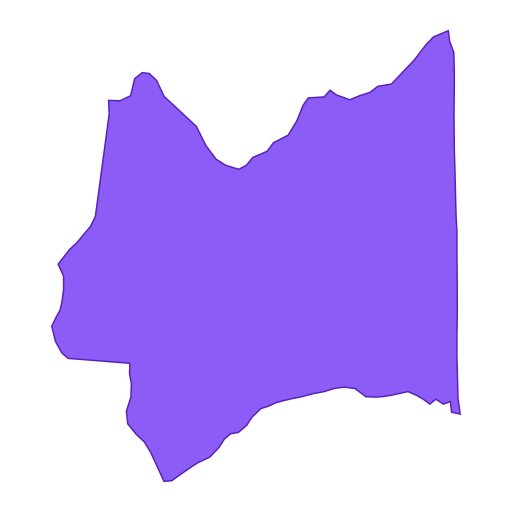 the district of Mataraca, Paraíba, Brazil
{"feature_id": "56859067B64684814426718", "entity_name": "Mataraca", "entity_type": "district", "adm_level": 2, "iso_a3": "BRA", "parent_name": "Brazil", "parent_adm1": "Paraíba", "projection": "equal_earth", "projection_center": [-35.042, -6.555], "detail": "fine", "context": "isolated", "style": "filled", "palette": "violet", "viewbox_px": 512, "rotation_deg": 0, "n_neighbors": 0, "source": "geoboundaries", "source_scale": "gbopen_adm2", "svg_char_len": 1463}
<svg xmlns="http://www.w3.org/2000/svg" viewBox="0 0 512 512"><path d="M108.6,100.4L109.2,114.0L95.4,216.3L90.6,226.3L76.9,242.6L69.7,249.4L58.1,264.2L63.6,276.1L63.6,289.3L62.1,300.9L60.2,309.9L55.9,317.6L51.8,326.2L55.4,341.3L61.8,352.9L68.1,358.4L129.9,363.3L129.5,373.3L131.4,383.9L130.9,397.1L126.4,411.2L127.7,423.8L136.3,434.4L144.2,441.8L150.5,452.0L157.5,467.1L163.9,481.3L171.8,480.7L180.8,474.2L188.7,468.7L197.3,463.0L209.7,457.1L219.0,447.5L224.5,438.9L230.5,433.8L238.4,432.4L246.7,425.3L251.9,417.3L260.8,408.6L268.2,406.3L275.8,402.8L283.6,400.6L292.3,398.6L301.6,396.7L314.0,393.5L324.1,391.6L334.4,388.4L344.6,387.1L355.1,388.6L365.9,396.7L376.4,397.1L383.8,396.5L392.1,395.1L399.1,393.5L407.9,391.6L416.8,395.5L423.2,399.2L429.9,404.1L435.9,399.2L443.3,404.1L450.4,401.6L451.6,412.2L460.2,414.1L458.0,398.6L457.3,370.4L456.9,355.2L456.9,337.2L457.2,319.5L457.3,305.8L457.2,280.6L456.9,254.5L456.9,230.8L456.1,216.8L455.7,202.7L455.0,172.9L454.3,148.1L454.0,115.3L454.3,85.7L454.3,71.2L453.8,52.5L449.7,41.5L448.3,30.7L433.7,36.8L426.1,44.5L414.6,59.6L391.4,84.1L377.9,86.3L370.0,92.4L359.5,95.7L349.9,99.8L336.3,94.9L330.1,90.2L324.1,96.9L308.3,97.9L303.1,105.3L296.8,121.0L288.1,135.2L273.6,142.6L267.1,151.3L252.9,157.4L246.2,165.4L238.7,169.3L226.0,165.4L216.2,159.3L205.9,145.6L196.4,126.5L164.0,96.3L156.7,80.6L149.3,73.5L142.2,72.7L134.7,78.6L130.6,95.7L120.1,100.8L108.6,100.4Z" fill="#8b5cf6" stroke="#5b21b6" stroke-width="1.5"/></svg>